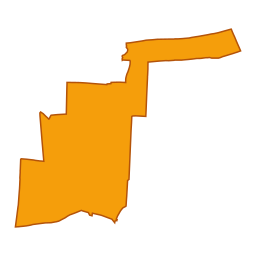 the district of Suhurlui, Galati, Romania
{"feature_id": "2599482B54270676275296", "entity_name": "Suhurlui", "entity_type": "district", "adm_level": 2, "iso_a3": "ROU", "parent_name": "Romania", "parent_adm1": "Galati", "projection": "mercator", "projection_center": [27.827, 45.741], "detail": "fine", "context": "isolated", "style": "filled", "palette": "amber", "viewbox_px": 256, "rotation_deg": 0, "n_neighbors": 0, "source": "geoboundaries", "source_scale": "gbopen_adm2", "svg_char_len": 3357}
<svg xmlns="http://www.w3.org/2000/svg" viewBox="0 0 256 256"><path d="M240.6,50.9L240.0,49.5L239.6,48.6L239.3,47.8L239.0,47.2L238.7,46.5L237.5,43.8L237.0,42.6L236.4,41.3L235.9,40.0L235.3,38.6L234.6,36.9L233.8,35.2L233.0,33.4L232.4,32.0L232.2,31.5L231.9,30.8L231.5,29.7L231.2,29.1L224.7,30.9L218.3,32.7L214.1,33.6L211.1,34.0L207.9,34.7L197.8,36.5L196.9,36.6L191.3,37.5L189.2,38.0L184.5,38.4L182.4,38.6L177.8,38.9L176.0,38.9L174.9,38.9L173.7,39.1L172.4,39.1L171.3,39.1L169.0,39.1L157.2,39.3L152.0,39.8L148.5,40.0L146.1,40.2L141.9,41.0L130.0,42.8L126.3,43.1L126.3,45.1L126.5,45.5L126.6,45.8L126.5,46.1L126.5,46.3L126.4,46.7L126.3,47.1L126.3,47.3L126.4,47.5L126.5,47.7L126.8,47.9L127.1,48.4L127.4,48.8L127.6,49.0L127.7,49.5L127.7,49.9L127.7,50.4L127.6,50.7L127.5,51.1L127.3,51.6L127.2,52.0L127.0,52.3L126.8,52.5L126.4,52.8L126.1,53.1L125.0,54.3L124.4,54.7L123.9,55.0L123.5,55.1L123.0,55.3L122.6,55.4L122.3,55.7L122.2,56.0L122.2,56.3L122.2,56.6L122.3,56.8L122.4,57.1L122.5,57.3L122.7,57.6L122.6,57.9L122.4,58.2L122.2,58.5L122.2,58.8L122.2,59.3L122.2,59.7L122.3,60.3L122.7,60.0L129.8,60.4L130.1,60.9L130.2,61.5L130.1,64.2L129.4,67.3L128.0,71.6L127.2,73.4L126.8,74.4L126.6,75.2L126.3,76.1L126.1,77.0L125.9,77.8L125.7,79.2L125.7,80.0L125.7,80.6L125.6,81.6L125.7,82.5L119.9,82.2L118.0,82.2L114.0,82.3L111.1,82.4L110.9,83.6L109.0,83.8L107.1,83.9L106.9,84.6L104.1,84.4L92.3,83.5L86.5,83.0L79.8,82.6L75.1,82.5L73.5,82.5L71.9,82.5L69.7,82.4L68.9,82.4L67.0,82.4L67.0,82.9L67.0,83.9L66.8,91.1L66.3,114.1L57.4,114.6L51.2,115.2L51.0,115.3L50.2,116.7L49.9,117.4L49.1,118.9L48.9,119.1L48.6,119.0L48.4,118.7L47.8,118.1L45.7,116.2L44.7,115.2L43.2,113.7L40.6,112.0L40.0,112.8L39.9,112.9L40.0,115.9L42.1,141.6L43.8,161.3L43.0,161.2L41.9,161.1L39.2,160.9L38.9,160.8L37.9,160.7L35.5,160.4L33.6,160.0L26.4,159.2L21.3,158.8L20.7,159.2L20.4,166.8L20.3,169.4L20.2,170.4L20.2,171.5L20.2,172.5L19.9,177.8L20.0,179.5L19.9,181.0L19.7,185.5L19.5,189.0L19.3,191.4L19.0,195.3L18.3,205.1L18.0,206.8L16.7,217.1L15.4,226.9L15.6,226.9L15.8,226.9L16.0,226.9L18.4,226.7L19.0,226.7L19.5,226.6L20.3,226.5L20.6,226.5L21.7,226.4L22.5,226.3L22.8,226.3L27.0,225.8L27.2,225.7L28.7,225.5L30.1,225.2L31.5,224.9L32.7,224.5L45.3,222.9L51.1,222.7L51.6,222.6L54.8,222.0L56.6,221.7L58.0,221.3L58.5,221.2L59.2,220.9L60.0,220.5L61.6,219.6L63.0,218.9L65.3,217.7L66.0,217.2L67.6,216.1L68.9,215.4L70.1,214.7L70.6,214.6L74.1,213.3L76.2,212.5L81.3,210.4L82.6,210.9L88.4,212.6L89.6,215.1L92.0,215.8L92.4,213.2L100.3,215.0L102.0,215.5L111.9,219.2L114.7,222.7L114.9,221.6L115.0,221.1L115.4,220.9L116.3,220.6L116.8,220.7L117.1,219.6L116.3,219.3L116.5,218.5L117.6,215.9L119.6,212.4L120.1,211.5L120.9,210.3L122.6,208.2L123.2,207.7L124.7,206.9L125.9,206.3L126.1,205.4L126.4,200.3L126.7,196.3L127.6,180.5L129.0,179.4L129.0,178.8L131.1,129.6L131.5,123.1L131.8,116.5L132.1,116.2L132.3,116.1L133.6,115.9L134.9,115.9L135.0,115.8L145.8,116.4L146.1,109.9L146.7,94.9L147.5,77.7L147.5,76.2L147.6,75.5L147.9,69.0L147.9,66.5L148.0,62.1L158.7,61.1L165.8,60.6L168.4,60.7L170.2,60.6L174.2,60.3L174.5,60.1L181.6,60.1L184.5,59.8L188.0,59.5L192.8,59.0L195.7,58.6L196.1,58.5L200.7,58.4L205.9,57.7L207.8,57.7L209.3,57.5L210.0,57.6L210.3,57.7L211.7,58.1L211.9,58.1L216.2,58.1L218.5,58.1L220.3,57.6L222.7,56.6L224.5,56.1L229.7,54.5L230.7,54.2L232.7,53.6L236.3,52.4L236.5,52.4L240.6,50.9Z" fill="#f59e0b" stroke="#b45309" stroke-width="1.5"/></svg>